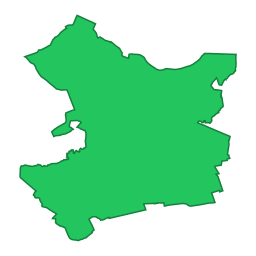 the district of Saniob, Bihor, Romania
{"feature_id": "2599482B80323305476993", "entity_name": "Saniob", "entity_type": "district", "adm_level": 2, "iso_a3": "ROU", "parent_name": "Romania", "parent_adm1": "Bihor", "projection": "albers", "projection_center": [22.111, 47.257], "detail": "fine", "context": "isolated", "style": "filled", "palette": "green", "viewbox_px": 256, "rotation_deg": 0, "n_neighbors": 0, "source": "geoboundaries", "source_scale": "gbopen_adm2", "svg_char_len": 5645}
<svg xmlns="http://www.w3.org/2000/svg" viewBox="0 0 256 256"><path d="M182.3,203.5L186.3,203.9L186.6,204.1L187.7,205.0L188.7,205.6L189.9,206.0L191.3,206.1L201.0,204.6L208.7,203.1L214.5,202.7L215.0,202.5L211.6,192.9L219.2,190.4L219.7,191.9L222.8,190.8L218.0,176.6L216.1,174.2L219.0,173.7L214.8,166.9L215.3,166.1L221.2,165.2L221.7,162.7L221.6,162.2L221.8,161.2L227.2,160.4L227.0,159.5L227.5,158.9L228.7,158.7L229.8,158.3L228.9,156.5L228.9,155.2L227.6,154.8L227.6,153.3L228.7,146.3L229.0,144.4L228.6,140.6L229.1,140.4L230.1,136.6L229.7,136.2L226.6,135.0L205.6,126.1L203.9,125.1L202.3,124.9L200.9,124.1L200.0,123.8L198.5,123.0L197.8,122.9L197.7,122.8L197.7,122.6L198.5,121.5L199.0,121.1L199.5,120.9L201.3,121.6L201.5,121.8L201.9,122.5L202.7,122.8L203.2,122.5L204.0,120.8L205.0,120.5L205.3,120.8L204.8,122.2L205.4,122.8L208.9,122.6L209.7,123.3L210.0,123.2L211.6,121.4L211.8,120.4L211.5,118.8L211.6,118.4L212.2,116.8L213.8,116.1L215.8,114.3L216.4,113.5L217.5,113.3L218.0,112.9L218.8,112.6L218.4,111.3L219.6,110.6L220.4,109.3L220.6,108.4L222.6,107.1L223.2,106.1L221.9,97.5L221.5,97.1L221.0,97.3L220.8,97.0L220.8,96.6L221.1,96.6L221.0,96.3L221.3,96.1L221.3,95.7L220.7,94.9L221.1,94.3L220.9,94.1L221.4,93.0L221.7,90.6L218.1,90.0L214.0,89.6L211.0,85.7L211.3,84.7L211.6,84.5L211.6,84.0L212.1,83.6L212.1,82.9L215.3,79.4L216.5,77.9L217.6,80.2L218.0,81.9L218.4,82.8L219.1,84.7L219.7,85.0L220.4,85.1L221.1,85.0L221.3,85.1L221.6,85.2L221.8,84.9L223.0,82.3L224.8,79.3L226.0,79.8L226.1,79.3L226.2,79.0L227.3,78.2L228.2,76.7L229.3,75.7L230.2,74.6L231.6,74.3L232.7,73.8L233.7,73.1L234.6,71.7L235.4,71.0L235.6,70.7L235.4,70.5L235.4,68.8L235.9,66.7L236.0,62.7L235.8,58.8L236.0,54.3L235.3,54.4L209.1,53.5L204.4,53.5L203.3,54.8L202.0,55.9L199.8,59.0L197.1,61.4L195.0,62.8L193.3,64.1L190.0,65.8L187.1,66.5L181.1,68.5L176.5,69.4L174.1,69.4L166.2,68.6L165.7,68.7L162.9,69.9L160.2,70.2L158.9,70.1L156.7,69.3L152.0,66.2L149.0,64.0L147.2,62.3L145.3,59.8L144.7,58.4L144.3,57.6L143.5,57.0L141.5,55.6L140.1,54.9L138.5,54.5L132.7,54.2L131.7,54.0L130.0,54.1L129.7,54.3L129.1,54.3L128.5,58.2L125.6,57.3L125.2,57.0L123.7,56.6L122.3,55.9L122.0,55.4L122.0,54.8L122.2,52.9L120.5,50.3L120.0,49.1L119.2,48.1L115.5,45.6L111.3,41.9L110.6,41.7L110.3,42.3L109.4,41.7L108.4,41.2L105.9,40.6L104.4,39.9L102.4,38.4L100.0,37.0L97.9,38.0L97.2,36.5L96.4,33.5L96.0,32.7L94.8,31.1L93.2,29.4L93.5,28.3L95.5,23.8L77.1,15.4L75.9,17.9L73.8,23.1L73.1,24.5L72.1,25.0L69.1,25.1L67.9,25.3L65.5,26.7L66.6,28.4L64.8,29.2L60.6,32.6L59.0,34.7L57.1,36.4L55.8,36.9L54.7,37.5L54.4,38.3L53.1,39.4L50.7,44.2L50.4,45.1L48.4,45.9L46.4,47.2L41.0,49.9L40.2,50.0L38.9,49.9L38.2,50.9L37.5,52.2L35.0,53.2L24.8,56.7L26.4,57.8L27.8,59.2L30.5,62.6L31.0,62.7L32.2,63.4L33.6,64.0L34.7,65.4L35.4,66.7L35.9,67.9L36.4,69.4L37.2,70.5L37.6,71.5L38.1,71.9L38.2,72.5L38.9,73.6L41.4,76.8L45.5,79.6L47.6,81.3L48.3,82.1L55.0,87.6L56.5,89.0L58.1,89.2L59.4,89.7L61.3,90.1L66.8,89.8L67.0,90.1L68.4,93.3L69.7,96.9L74.7,109.7L71.7,110.6L66.0,112.9L65.7,113.7L65.5,115.0L65.8,116.3L66.2,120.3L66.0,121.2L65.4,122.5L65.1,123.0L58.3,126.8L56.4,128.0L55.6,128.7L54.8,129.1L51.7,131.8L53.8,136.5L54.7,136.1L56.0,135.7L58.1,135.5L59.2,135.5L60.7,135.1L62.3,134.4L65.2,133.9L66.1,133.6L70.7,131.3L71.3,130.3L71.8,129.9L73.3,129.4L73.2,129.2L71.6,128.0L70.5,127.3L69.3,126.7L69.2,126.5L69.5,124.8L70.1,122.6L70.1,121.8L70.7,120.8L77.3,120.5L80.2,121.6L81.1,122.5L77.0,127.2L79.6,128.0L79.9,128.2L80.1,128.6L80.4,128.9L81.3,129.2L82.0,129.3L83.3,130.2L85.0,130.5L86.0,133.1L85.9,137.6L85.3,141.0L86.1,146.8L85.8,146.8L84.6,148.2L83.8,148.1L83.4,149.0L82.4,149.2L81.8,149.1L81.1,148.4L80.8,148.3L79.7,149.5L79.3,150.3L79.8,151.3L79.4,151.9L78.7,151.6L78.0,151.8L76.8,151.3L76.9,150.8L76.8,150.7L76.6,150.6L76.1,150.9L75.6,150.9L74.8,152.0L74.7,153.1L74.3,153.3L73.7,153.3L73.2,151.9L73.3,150.4L73.0,149.8L72.1,150.1L71.3,149.9L71.1,150.3L71.2,150.8L70.2,150.9L69.2,151.3L68.9,151.7L69.2,152.8L68.6,153.2L67.1,153.3L66.9,153.4L66.9,153.6L67.4,154.3L66.7,155.0L66.7,155.3L67.3,156.2L67.3,156.4L66.7,157.0L67.4,157.5L68.3,157.5L68.5,158.2L68.4,158.6L68.4,159.3L67.4,159.7L67.0,159.4L66.9,159.1L66.5,159.0L66.1,159.3L65.4,159.9L63.9,159.7L63.7,159.8L63.6,160.4L61.0,161.2L60.2,162.0L59.3,162.5L58.1,162.9L56.6,163.5L54.4,163.5L51.0,163.8L50.5,164.1L49.7,164.9L49.3,165.1L49.1,165.1L48.5,164.8L48.0,164.9L47.7,165.2L47.2,166.1L46.9,166.2L45.3,166.0L44.0,165.6L43.7,166.3L42.5,166.5L42.1,166.5L41.4,165.9L40.5,165.0L39.7,164.9L38.2,164.4L37.9,164.4L36.8,165.5L35.6,165.6L32.3,166.4L28.3,165.8L25.2,165.0L22.0,166.2L21.4,165.9L20.7,166.9L20.4,168.1L20.3,170.6L20.0,176.5L20.5,177.7L36.1,191.1L35.8,191.5L34.9,192.0L34.6,192.6L33.4,194.8L33.5,195.2L33.6,195.4L33.9,195.3L34.6,195.8L34.8,196.3L34.7,196.8L34.8,197.1L35.0,197.5L35.6,197.8L36.7,198.0L37.5,197.9L37.8,197.7L38.5,197.8L39.4,198.2L39.7,198.6L39.8,199.9L40.7,201.8L42.3,204.0L42.3,204.4L41.8,205.6L41.9,206.1L42.3,206.6L46.6,207.6L47.8,208.4L49.6,209.7L53.6,212.2L54.8,212.7L55.7,213.4L56.0,213.9L56.5,214.0L52.8,218.0L52.5,218.6L55.6,218.7L55.6,222.6L56.6,223.7L60.2,226.1L61.6,226.2L62.0,226.6L62.9,226.7L63.4,227.1L64.1,227.2L65.5,228.4L65.7,229.5L67.8,234.5L69.3,237.6L69.9,238.4L71.5,239.3L72.1,239.6L76.7,240.2L78.5,240.6L80.0,239.8L82.3,239.2L84.6,238.1L86.4,237.6L87.5,236.4L92.3,232.6L92.0,232.0L92.1,231.7L93.4,230.5L94.0,230.1L94.0,229.8L92.3,225.8L89.3,219.9L88.9,219.2L92.7,216.7L96.2,216.8L96.7,217.4L97.6,218.0L99.4,218.7L100.7,219.9L100.7,220.2L101.2,220.1L103.8,219.7L105.9,218.4L108.8,217.3L109.1,218.4L145.8,209.8L143.7,203.8L154.4,203.4L154.4,203.7L157.3,203.3L157.3,202.9L163.9,203.0L164.4,206.1L168.8,205.1L182.3,203.5Z" fill="#22c55e" stroke="#15803d" stroke-width="1.5"/></svg>